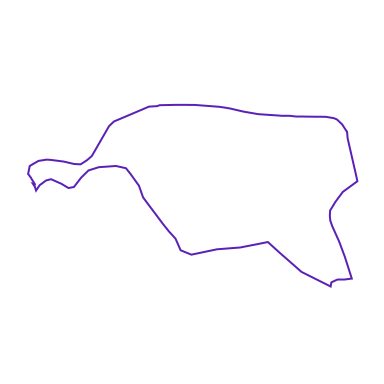 outline of Yassin, Eastern Darfur, Sudan, rotated 93°
{"feature_id": "16777658B43092158713843", "entity_name": "Yassin", "entity_type": "district", "adm_level": 2, "iso_a3": "SDN", "parent_name": "Sudan", "parent_adm1": "Eastern Darfur", "projection": "robinson", "projection_center": [25.585, 11.706], "detail": "fine", "context": "isolated", "style": "outline", "palette": "violet", "viewbox_px": 384, "rotation_deg": 93, "n_neighbors": 0, "source": "geoboundaries", "source_scale": "gbopen_adm2", "svg_char_len": 1482}
<svg xmlns="http://www.w3.org/2000/svg" viewBox="0 0 384 384"><g transform="rotate(93 192 192)"><path d="M190.2,324.0L190.7,322.7L194.5,315.6L193.2,310.2L183.4,303.4L175.9,296.5L172.1,286.4L170.0,269.3L171.7,259.2L177.0,254.5L188.5,245.3L199.9,240.6L208.0,233.9L214.3,228.6L225.0,219.7L233.1,212.5L234.4,211.1L239.5,206.0L250.8,200.3L254.6,189.3L247.9,164.0L244.9,141.0L242.0,129.4L240.9,124.9L238.0,113.6L247.9,101.5L266.1,78.4L279.1,48.6L275.0,48.1L274.9,48.0L271.9,42.4L271.8,41.6L271.6,39.0L271.5,36.3L271.5,35.9L271.3,34.4L270.2,28.5L270.1,27.9L262.4,30.8L248.7,36.0L233.9,42.4L218.9,50.1L213.3,52.4L208.7,53.1L203.3,53.1L194.4,48.3L184.0,41.4L172.6,27.4L164.6,29.6L130.2,39.4L123.8,40.3L123.8,40.5L123.4,40.7L116.6,45.6L112.3,50.7L111.9,51.2L110.8,54.4L110.5,57.3L109.9,62.3L110.7,80.3L110.7,81.3L110.8,83.9L111.1,90.4L111.2,92.0L110.8,97.9L111.2,106.3L111.2,106.7L111.1,109.6L111.0,116.6L110.8,129.8L109.6,139.9L109.2,143.5L108.7,146.7L106.5,159.0L106.3,161.3L106.1,162.7L105.5,169.0L105.0,189.7L104.9,193.8L105.8,212.4L107.0,228.8L107.4,229.8L108.1,231.4L108.4,234.2L109.0,239.5L110.7,242.9L125.7,273.7L130.6,278.3L161.3,293.9L165.8,298.6L170.2,304.7L170.2,311.2L168.3,321.8L167.3,335.3L167.3,339.1L169.0,347.0L174.5,355.4L175.9,355.6L182.5,356.6L185.7,354.0L185.9,353.8L186.5,353.4L187.3,352.9L191.9,349.7L192.1,349.5L192.4,349.4L192.0,351.4L195.0,349.2L198.7,347.8L193.2,344.5L188.1,338.3L186.6,333.4L190.2,324.0Z" fill="none" stroke="#5b21b6" stroke-width="2"/></g></svg>